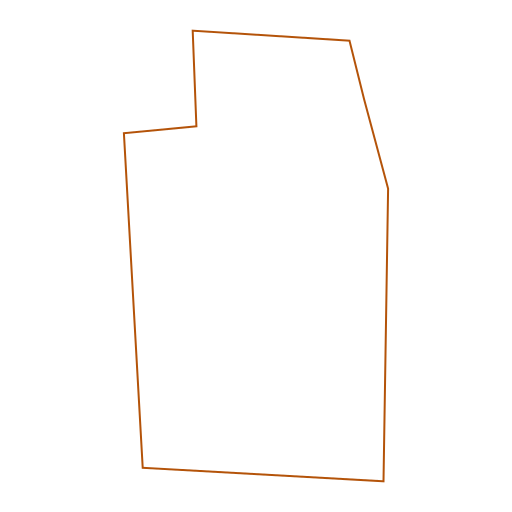 Fayyum City, Al Fayyum, Egypt (Equal Earth projection)
{"feature_id": "37247803B49261326337106", "entity_name": "Fayyum City", "entity_type": "district", "adm_level": 2, "iso_a3": "EGY", "parent_name": "Egypt", "parent_adm1": "Al Fayyum", "projection": "equal_earth", "projection_center": [30.883, 29.214], "detail": "fine", "context": "isolated", "style": "outline", "palette": "amber", "viewbox_px": 512, "rotation_deg": 0, "n_neighbors": 0, "source": "geoboundaries", "source_scale": "gbopen_adm2", "svg_char_len": 256}
<svg xmlns="http://www.w3.org/2000/svg" viewBox="0 0 512 512"><path d="M388.1,188.7L387.1,184.9L364.0,98.9L349.5,40.7L192.7,30.7L196.4,126.3L123.9,133.2L142.4,462.2L142.7,467.8L383.5,481.3L388.1,188.7Z" fill="none" stroke="#b45309" stroke-width="2"/></svg>